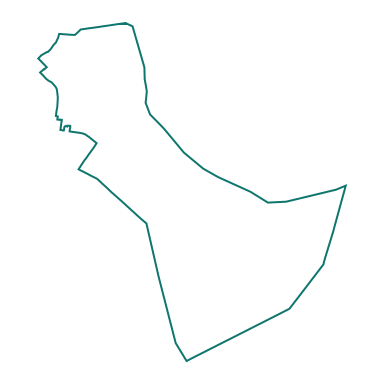 Al Hali, Al Hudaydah, Yemen
{"feature_id": "15242507B48725764908659", "entity_name": "Al Hali", "entity_type": "district", "adm_level": 2, "iso_a3": "YEM", "parent_name": "Yemen", "parent_adm1": "Al Hudaydah", "projection": "mercator", "projection_center": [42.962, 14.788], "detail": "fine", "context": "isolated", "style": "outline", "palette": "teal", "viewbox_px": 384, "rotation_deg": 0, "n_neighbors": 0, "source": "geoboundaries", "source_scale": "gbopen_adm2", "svg_char_len": 2609}
<svg xmlns="http://www.w3.org/2000/svg" viewBox="0 0 384 384"><path d="M59.2,33.9L58.0,38.0L55.8,42.7L54.1,44.4L53.4,45.2L50.5,49.4L47.8,52.0L47.0,52.0L41.4,55.2L38.3,58.5L45.6,66.0L46.2,66.7L46.7,67.2L46.0,67.8L44.0,69.5L43.8,69.3L41.2,71.5L40.1,72.5L43.1,75.4L44.1,76.6L45.7,78.3L45.8,78.5L48.4,80.6L48.7,80.8L51.7,82.4L55.5,86.7L56.8,89.1L56.9,90.1L57.0,90.4L57.8,97.3L57.7,99.7L57.7,100.4L57.6,101.4L57.6,101.8L57.3,106.8L57.2,107.3L57.1,108.1L56.9,108.8L56.5,111.2L55.9,116.0L56.6,116.2L57.8,116.5L57.3,119.5L59.4,119.8L59.7,119.9L59.8,119.6L61.8,119.8L61.8,120.4L61.7,121.0L61.6,121.4L61.2,124.0L61.1,124.8L61.0,125.5L60.9,125.8L60.9,126.3L60.7,127.5L60.7,127.9L60.6,128.5L60.4,129.9L62.0,130.2L62.3,130.3L63.5,130.5L63.8,130.5L64.0,129.5L64.2,128.2L64.2,127.8L64.3,127.5L64.4,127.0L65.1,126.4L65.3,126.1L65.9,126.2L66.1,126.2L67.2,126.5L67.4,125.7L67.7,125.7L69.6,125.9L70.2,125.9L70.3,126.4L70.3,126.6L70.3,126.9L70.2,127.5L70.1,128.0L70.0,128.4L69.8,129.4L69.7,130.3L69.7,130.7L69.6,131.4L69.8,131.5L70.6,131.6L75.0,132.2L77.0,132.5L77.8,132.6L79.3,132.8L81.5,133.2L82.2,133.3L83.7,133.8L84.2,134.0L84.7,134.1L85.0,134.3L85.4,134.5L87.4,135.9L89.4,137.3L89.6,137.5L89.9,137.7L90.9,138.5L91.1,138.7L92.1,139.5L94.1,141.1L94.7,141.6L96.1,142.7L96.6,143.1L95.0,145.7L94.6,146.2L94.2,146.9L94.1,147.1L93.3,148.1L92.5,149.3L92.3,149.6L91.3,150.9L91.0,151.4L90.1,152.6L89.3,153.7L88.5,154.8L88.1,155.4L87.5,156.3L86.8,157.3L86.5,157.7L86.1,158.3L85.3,159.3L84.7,159.9L84.3,160.5L83.8,161.4L83.5,161.7L83.3,162.1L82.6,163.1L81.2,165.2L80.1,167.0L79.2,168.3L78.6,169.3L81.0,170.6L83.3,171.7L83.6,171.9L85.2,172.7L87.4,173.8L90.7,175.6L91.4,175.9L91.7,176.1L97.1,178.8L101.0,182.4L102.6,184.0L102.8,184.1L106.2,187.2L106.7,187.7L107.8,188.7L110.8,191.6L112.0,192.7L115.9,196.1L119.6,199.4L120.0,199.7L131.8,210.5L132.4,211.0L137.4,215.6L142.1,219.8L146.5,223.5L146.8,225.1L158.6,276.6L160.5,284.0L175.7,343.1L186.6,361.0L195.1,356.6L251.0,328.3L289.4,308.8L296.9,299.1L305.4,288.0L310.0,282.0L320.7,268.0L323.5,264.3L324.0,261.8L325.4,257.0L333.4,230.9L333.9,228.8L337.7,214.9L345.2,187.7L345.7,185.7L336.0,189.7L286.1,201.7L267.9,202.6L250.5,191.8L218.1,177.1L203.3,168.7L184.0,152.7L164.0,128.7L158.5,123.0L157.1,121.6L150.1,114.5L149.7,113.5L145.9,103.5L145.6,102.8L146.3,97.1L146.3,96.8L146.6,93.5L146.8,91.2L146.2,87.6L146.0,86.1L145.7,84.8L144.7,79.1L144.4,67.4L141.7,58.0L134.0,31.4L132.7,26.8L132.6,26.4L125.5,23.0L111.9,25.0L93.6,27.7L91.4,28.0L89.4,28.2L84.9,28.9L80.7,29.5L78.9,31.3L76.0,34.0L75.0,34.9L73.7,34.9L69.5,34.7L67.3,34.5L59.2,33.9Z" fill="none" stroke="#0f766e" stroke-width="2"/></svg>